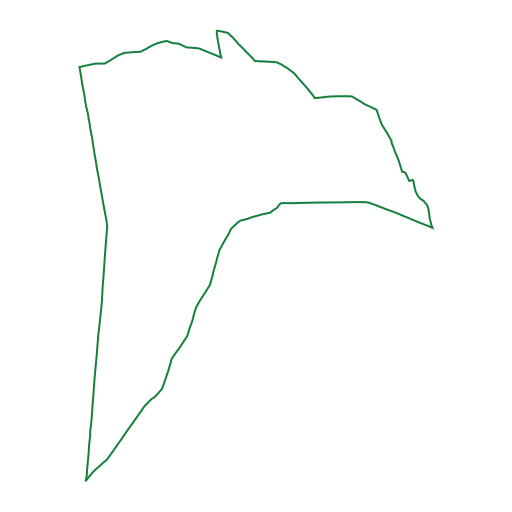 Al-Zubair, Al-Basrah, Iraq (Mercator projection)
{"feature_id": "34846034B69957241231378", "entity_name": "Al-Zubair", "entity_type": "district", "adm_level": 2, "iso_a3": "IRQ", "parent_name": "Iraq", "parent_adm1": "Al-Basrah", "projection": "mercator", "projection_center": [47.115, 29.902], "detail": "fine", "context": "isolated", "style": "outline", "palette": "green", "viewbox_px": 512, "rotation_deg": 0, "n_neighbors": 0, "source": "geoboundaries", "source_scale": "gbopen_adm2", "svg_char_len": 3908}
<svg xmlns="http://www.w3.org/2000/svg" viewBox="0 0 512 512"><path d="M387.4,133.5L384.9,129.6L383.2,126.8L381.8,124.7L380.7,121.6L379.1,117.5L378.1,114.3L376.5,109.8L373.3,108.3L370.8,107.0L367.8,105.7L364.7,104.2L362.2,102.6L359.2,100.7L356.8,99.4L354.7,98.1L352.1,96.5L348.7,96.3L345.7,96.2L341.8,96.3L338.7,96.2L334.7,96.4L332.5,96.4L330.3,96.5L327.7,96.8L325.2,96.9L322.9,97.4L321.9,97.4L320.9,97.5L318.5,97.8L316.1,97.9L315.4,98.2L314.6,98.0L313.4,96.0L311.7,93.8L310.1,91.8L308.2,89.5L306.5,87.4L304.5,85.3L302.8,83.2L301.1,81.4L298.8,78.8L296.8,76.4L295.0,74.2L293.4,72.6L291.4,71.3L290.2,70.3L289.1,69.5L286.4,67.5L284.4,66.5L282.6,65.3L280.7,64.1L278.4,63.2L277.3,62.3L275.0,62.2L273.0,61.9L269.7,61.8L266.4,61.6L263.4,61.3L260.5,61.5L257.9,61.1L254.8,61.0L252.6,58.2L250.7,56.4L248.3,53.9L246.2,52.0L243.8,49.2L240.9,46.4L238.0,43.6L236.1,41.1L234.4,39.5L232.4,37.1L230.3,35.4L229.3,34.3L228.8,33.8L228.0,32.9L227.5,32.8L224.8,32.2L222.2,31.6L220.0,31.2L217.8,30.7L216.8,30.9L216.8,33.2L217.2,36.1L217.6,39.0L218.0,41.4L219.0,46.8L220.2,52.9L220.6,54.9L221.2,57.5L220.6,57.3L218.2,56.3L215.7,55.2L209.4,52.7L204.0,50.5L199.5,48.6L197.3,48.2L195.9,48.1L192.6,47.8L191.6,47.7L189.3,47.5L187.6,47.5L186.5,47.4L185.6,47.0L184.9,46.5L184.1,46.3L182.8,45.7L181.1,44.7L179.2,44.0L177.7,43.6L176.0,43.4L173.2,43.2L171.8,42.7L170.6,42.5L169.0,41.8L167.9,41.3L166.8,41.0L165.9,41.1L163.2,41.7L160.6,42.4L158.3,43.0L156.8,43.4L155.3,44.1L153.6,44.8L152.9,45.2L151.8,45.7L148.8,47.3L147.2,48.3L146.1,49.0L143.8,50.0L140.9,51.7L139.7,51.8L137.7,51.9L134.9,52.0L133.8,52.1L132.3,52.3L131.1,52.3L128.4,52.6L126.9,52.7L125.1,52.8L124.0,52.8L123.7,53.1L122.2,53.7L120.8,54.2L119.1,55.0L117.2,55.9L115.0,57.4L112.5,58.9L110.0,60.5L107.1,62.2L105.2,63.5L102.4,63.6L98.1,63.6L95.4,63.6L94.0,63.9L92.1,64.3L89.3,64.9L86.8,65.4L82.0,66.5L80.5,66.8L79.6,66.9L79.8,68.8L80.0,70.4L80.9,75.2L81.8,81.3L82.9,87.6L84.3,94.5L85.2,101.4L86.1,106.1L87.7,112.8L88.8,119.3L89.8,124.5L89.9,126.2L90.6,130.0L92.2,138.6L94.6,154.4L96.4,164.4L96.4,165.2L97.5,171.5L99.0,179.1L100.4,187.6L102.0,196.4L104.3,209.4L105.9,217.4L107.1,224.8L107.2,227.3L106.8,231.0L104.9,255.7L104.5,262.0L103.7,273.5L102.6,287.6L101.9,300.9L101.5,305.7L100.0,320.0L98.2,336.2L96.5,357.4L95.4,369.1L94.6,378.0L93.6,391.9L92.2,410.5L91.4,421.2L90.2,431.4L90.2,435.3L89.3,443.3L88.9,447.3L88.8,451.1L87.4,466.4L87.0,470.9L86.8,474.8L86.3,478.4L85.6,481.3L88.7,477.2L92.1,473.1L93.9,471.1L96.6,468.6L98.8,466.8L102.7,463.1L106.1,460.4L107.8,458.6L108.9,456.8L110.2,455.1L116.2,446.6L118.2,443.8L121.0,439.8L126.7,431.4L132.2,423.7L137.8,415.8L141.4,410.7L144.1,406.7L145.9,404.7L147.9,402.7L150.6,399.9L152.1,398.6L154.3,397.3L156.0,395.7L158.1,393.3L161.9,389.0L163.6,384.5L166.1,377.1L168.2,371.1L170.5,363.2L171.2,360.5L171.7,358.8L175.4,353.4L179.2,348.2L184.8,339.8L187.3,335.9L189.7,328.0L192.1,321.6L194.3,313.0L196.0,307.7L199.1,301.9L206.9,289.8L209.9,284.9L211.3,279.9L212.5,275.9L213.4,271.7L214.6,267.5L216.2,262.0L217.2,257.9L218.3,254.2L219.4,250.2L221.8,245.8L223.6,242.4L227.0,236.7L228.8,233.8L229.8,231.2L231.3,228.5L232.7,227.3L236.1,224.1L237.6,222.5L240.7,220.5L243.7,219.9L247.7,218.8L250.8,217.6L254.3,216.5L257.1,215.8L262.7,214.2L266.8,213.4L270.5,212.6L272.0,211.1L273.8,209.8L275.9,208.7L277.6,207.3L278.5,205.6L280.6,203.4L283.4,203.0L290.9,203.2L297.5,203.0L315.2,202.6L339.3,202.4L353.9,202.1L365.4,202.1L368.1,202.6L369.0,202.7L374.8,204.8L386.1,209.2L396.2,212.9L419.8,222.8L428.2,226.0L428.6,226.2L432.4,227.8L431.4,225.1L430.5,221.3L429.6,218.3L429.4,215.4L428.4,209.1L427.2,205.3L423.5,200.8L420.1,198.6L417.8,195.8L415.5,191.2L414.1,185.0L413.6,181.8L412.7,180.0L409.2,180.9L407.7,177.6L405.6,173.1L404.4,172.2L402.1,171.7L401.5,169.7L398.8,160.9L394.7,150.9L392.9,145.8L392.1,144.2L391.4,142.2L391.7,141.1L391.3,140.4L390.8,139.7L389.8,137.8L388.7,135.9L387.4,133.5Z" fill="none" stroke="#15803d" stroke-width="2"/></svg>